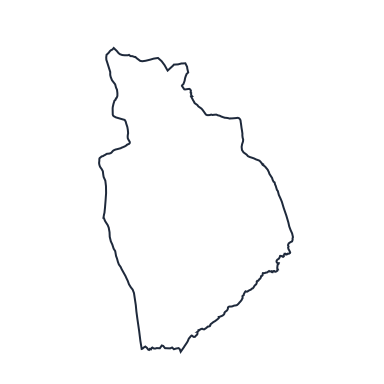 outline of Urambo, Tabora, United Republic of Tanzania, rotated 350°
{"feature_id": "72390352B58709749757029", "entity_name": "Urambo", "entity_type": "district", "adm_level": 2, "iso_a3": "TZA", "parent_name": "United Republic of Tanzania", "parent_adm1": "Tabora", "projection": "orthographic", "projection_center": [32.184, -5.233], "detail": "fine", "context": "isolated", "style": "outline", "palette": "slate", "viewbox_px": 384, "rotation_deg": 350, "n_neighbors": 0, "source": "geoboundaries", "source_scale": "gbopen_adm2", "svg_char_len": 5971}
<svg xmlns="http://www.w3.org/2000/svg" viewBox="0 0 384 384"><g transform="rotate(350 192 192)"><path d="M153.1,347.4L153.8,346.7L154.4,346.1L157.3,343.2L157.6,342.8L160.8,339.5L161.9,338.2L163.3,336.0L163.9,335.4L164.6,334.9L165.4,334.1L166.6,333.3L167.4,333.7L167.8,334.4L168.7,335.1L169.8,335.1L170.7,334.3L171.9,333.6L172.6,332.9L173.0,331.6L173.1,330.6L173.6,330.3L173.8,330.3L173.6,330.3L174.6,329.7L174.5,329.2L175.6,329.0L176.3,328.9L177.1,328.5L178.3,328.4L179.0,329.0L180.1,329.4L182.2,328.5L183.4,327.8L184.1,327.3L185.1,327.4L186.0,327.2L186.3,327.2L186.9,326.4L186.8,326.2L187.3,325.6L187.6,325.3L188.4,324.9L189.4,324.4L190.6,323.7L191.4,323.5L192.2,323.2L193.0,322.8L195.3,321.6L196.5,320.8L196.6,319.7L197.5,319.8L198.3,319.5L199.2,319.4L200.0,319.2L201.1,318.8L202.1,318.2L202.8,317.4L203.0,316.5L203.8,315.8L204.8,315.3L205.8,314.8L206.4,314.2L207.0,313.3L207.4,311.9L208.3,311.4L209.1,311.3L210.5,311.6L212.2,311.6L213.0,311.3L214.1,311.2L215.6,311.3L216.8,311.1L217.8,310.5L218.9,309.7L219.6,309.0L220.4,308.5L222.1,307.0L222.5,306.3L223.2,305.6L223.3,305.3L223.4,305.2L223.5,304.5L223.6,303.3L223.7,303.2L224.3,302.9L225.0,302.6L225.3,301.6L226.7,299.8L227.5,299.1L228.0,299.4L228.4,299.6L229.1,299.7L230.1,299.3L230.3,299.1L231.6,298.7L233.0,298.4L234.1,297.6L235.0,297.5L235.7,297.0L236.3,296.4L237.0,295.5L238.1,294.6L239.1,294.1L239.7,293.2L240.2,292.2L240.2,291.4L240.9,290.8L241.9,290.9L242.5,290.3L243.1,289.6L244.1,289.2L244.9,288.2L245.4,286.9L246.2,286.8L247.0,286.3L247.2,285.4L247.7,284.2L249.6,284.5L250.5,284.2L251.9,284.3L254.2,283.2L255.0,283.9L256.4,283.8L256.8,284.8L257.5,285.0L258.2,284.0L259.3,284.1L260.0,285.0L261.2,284.9L262.4,284.3L262.6,283.2L263.1,283.2L262.7,281.8L263.6,278.7L264.7,277.9L265.1,277.2L264.0,276.9L263.4,276.3L263.2,275.7L263.2,274.8L263.6,274.1L264.4,273.4L265.0,273.2L266.2,272.6L266.3,272.4L267.2,271.2L267.7,270.2L267.9,270.2L268.8,270.5L270.4,271.7L271.2,271.3L271.1,270.8L271.1,270.4L271.4,270.1L272.2,269.6L272.4,268.9L273.3,269.0L273.6,269.5L273.9,269.5L274.0,269.9L274.6,269.7L275.2,269.8L275.8,269.3L276.7,269.6L277.9,269.1L278.2,268.5L277.6,266.3L277.1,265.0L277.0,263.4L277.6,262.6L277.3,261.0L278.3,259.4L280.0,258.6L282.0,258.0L282.8,256.5L283.0,255.0L283.6,254.0L283.4,250.2L282.5,246.7L281.8,242.9L281.6,238.7L280.8,231.6L279.5,223.4L278.8,217.3L278.1,214.1L277.0,209.9L276.7,206.0L276.0,204.6L275.5,200.4L275.1,199.0L275.0,196.9L274.1,196.0L273.5,193.9L273.3,192.1L271.4,187.6L271.1,185.6L270.6,184.0L270.6,183.9L270.6,183.7L269.7,181.9L269.2,181.2L269.1,180.9L268.8,180.3L267.9,179.1L267.0,178.2L266.3,177.6L265.8,176.3L266.1,176.3L265.6,175.8L264.9,174.4L263.9,172.9L262.3,171.9L260.8,171.1L258.9,169.7L257.3,168.8L255.0,167.6L253.3,166.4L252.3,164.7L249.6,161.9L248.5,159.3L248.7,156.2L249.6,153.7L251.0,151.1L251.5,149.3L251.3,147.3L251.4,145.2L251.8,143.1L251.9,140.1L251.9,137.7L252.1,133.2L252.1,132.4L252.2,129.8L251.9,128.7L251.1,127.5L250.0,126.9L247.7,126.8L245.7,126.6L243.7,126.4L242.5,126.2L242.1,126.3L240.1,125.4L238.9,125.0L237.0,124.5L236.7,124.3L236.6,124.2L235.9,123.9L234.6,123.1L234.0,122.9L233.3,122.2L232.1,121.5L230.8,121.0L230.3,120.6L229.3,120.0L227.5,119.8L225.5,119.7L224.3,119.1L223.0,119.3L221.7,119.2L220.2,118.9L219.1,118.1L216.8,113.2L215.8,111.5L213.1,108.8L212.4,107.3L210.1,105.0L209.8,103.9L209.7,103.9L209.6,103.3L209.0,101.9L208.6,100.5L207.7,97.9L207.9,97.9L208.1,97.8L208.7,97.7L208.4,97.3L208.3,96.9L208.0,96.1L208.4,94.3L207.9,93.9L208.0,93.4L208.5,92.1L208.1,90.8L207.3,90.0L206.1,89.9L202.9,89.8L202.2,89.5L201.7,88.4L201.2,87.3L200.5,85.7L200.9,85.1L202.3,84.2L203.7,81.8L204.2,80.8L204.3,80.5L204.3,80.4L205.1,78.4L205.7,77.3L205.9,76.8L206.3,76.4L207.0,75.0L208.3,74.1L209.0,73.6L208.8,69.5L208.9,67.9L207.8,64.1L205.1,63.8L203.9,63.6L200.4,63.9L196.3,63.4L195.2,64.3L190.2,67.5L189.1,68.2L188.6,66.9L187.0,62.3L184.8,57.9L181.8,54.1L177.4,54.0L173.9,54.4L169.2,54.7L165.8,54.6L163.8,53.9L160.8,50.7L159.7,49.2L159.2,49.2L156.7,47.8L155.1,47.5L154.5,46.9L153.8,46.0L152.8,46.2L151.4,46.0L149.6,45.7L147.1,45.0L145.0,43.8L143.8,42.5L142.4,40.0L139.9,36.6L139.2,37.2L138.3,37.9L137.0,38.2L135.5,39.1L134.3,40.3L132.4,41.6L131.7,42.0L130.9,44.5L130.6,46.9L131.0,49.6L132.3,59.6L131.8,62.5L131.9,64.5L132.6,68.0L135.0,72.6L135.1,73.5L135.3,76.0L135.8,77.9L135.9,78.3L135.7,81.7L135.2,84.4L134.3,86.0L133.9,86.4L133.3,86.6L133.2,87.2L132.7,87.6L132.5,88.1L132.0,88.3L131.4,88.7L131.0,89.6L130.0,91.5L128.7,94.6L128.3,96.2L127.4,102.0L127.5,102.7L127.9,103.6L130.0,105.3L136.9,108.7L138.2,109.3L138.4,109.9L138.9,111.0L139.1,113.3L139.6,116.7L139.6,119.6L139.3,123.0L138.6,124.9L138.2,126.6L138.1,128.1L138.7,130.0L139.1,131.0L139.4,131.9L139.3,132.7L139.0,133.2L138.5,133.6L137.5,133.9L137.0,133.9L136.0,134.2L135.8,134.6L133.5,135.5L132.3,135.7L131.4,136.0L130.4,136.1L129.5,136.5L125.9,136.8L124.1,136.9L122.7,137.2L121.6,137.6L120.7,138.2L119.7,139.1L118.7,139.6L117.2,139.8L114.8,139.6L114.2,139.8L113.1,140.3L111.7,140.7L110.6,141.2L109.1,141.3L108.2,141.9L107.0,142.5L106.5,143.3L106.1,145.4L105.7,146.6L105.5,147.7L105.5,148.9L105.6,149.9L105.8,151.1L106.5,152.7L107.0,153.7L107.8,156.1L107.6,159.6L107.6,161.9L108.6,165.8L108.3,171.3L107.2,178.2L105.4,185.4L103.6,192.3L102.2,197.2L101.4,199.0L100.7,201.0L100.4,201.8L100.6,201.8L101.3,205.3L102.0,207.1L103.2,209.9L103.8,212.7L103.8,217.3L103.2,221.9L103.5,226.5L104.4,229.9L105.0,234.2L106.1,236.9L106.1,241.8L106.6,244.6L106.9,247.9L107.4,250.7L108.7,253.4L109.3,255.7L111.9,263.2L112.5,265.6L113.3,268.4L113.9,271.9L115.2,275.2L116.6,277.8L117.3,281.4L117.0,293.7L116.5,299.8L116.2,306.9L115.8,319.9L115.3,329.7L115.2,337.8L116.0,337.7L117.4,336.8L119.2,336.1L120.6,337.7L121.5,339.6L122.3,340.1L123.2,339.2L124.2,339.9L124.5,339.6L125.1,338.6L126.0,338.3L126.9,339.3L128.4,339.8L130.2,339.6L133.2,340.3L135.6,337.9L136.9,338.6L138.3,341.1L143.3,342.2L145.4,341.7L146.9,343.7L149.1,343.4L151.7,343.4L152.7,344.8L153.1,347.4Z" fill="none" stroke="#1e293b" stroke-width="2"/></g></svg>